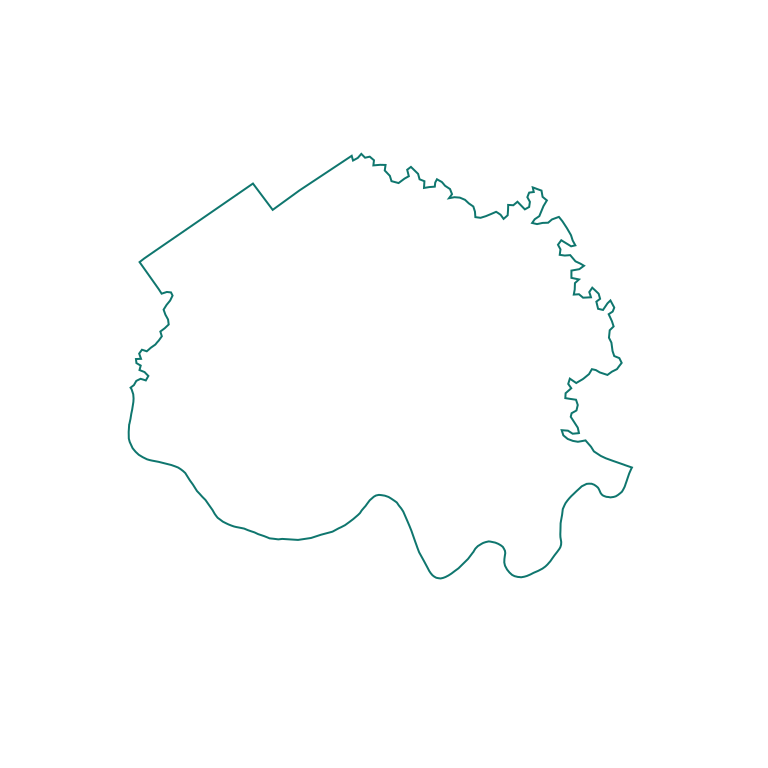 San Ignacio, Misiones, Argentina (orthographic projection), rotated 234°
{"feature_id": "61730980B35011682920753", "entity_name": "San Ignacio", "entity_type": "district", "adm_level": 2, "iso_a3": "ARG", "parent_name": "Argentina", "parent_adm1": "Misiones", "projection": "orthographic", "projection_center": [-55.4, -27.168], "detail": "fine", "context": "isolated", "style": "outline", "palette": "teal", "viewbox_px": 768, "rotation_deg": 234, "n_neighbors": 0, "source": "geoboundaries", "source_scale": "gbopen_adm2", "svg_char_len": 5782}
<svg xmlns="http://www.w3.org/2000/svg" viewBox="0 0 768 768"><g transform="rotate(234 384 384)"><path d="M447.9,625.1L451.7,622.5L454.2,620.9L455.6,619.9L451.3,618.0L453.5,614.0L453.2,613.4L450.9,609.8L445.6,609.1L441.9,605.5L442.5,600.6L453.0,599.1L452.9,597.9L452.6,593.7L455.9,589.7L454.9,589.0L451.7,586.5L447.8,583.2L447.3,577.8L452.4,577.8L455.8,576.6L457.4,575.9L458.6,570.5L459.9,565.1L461.7,559.8L465.3,556.0L470.0,558.9L475.1,560.6L480.2,558.8L485.4,557.8L490.2,554.9L493.7,550.8L496.1,545.8L497.6,550.6L502.9,552.0L508.5,549.9L511.7,549.7L513.5,549.5L517.1,547.8L518.5,547.2L518.1,546.4L516.9,543.9L515.6,542.7L513.8,541.1L516.7,536.4L519.1,531.6L524.3,535.9L528.7,533.1L534.0,535.1L534.5,535.0L543.8,533.4L543.7,528.7L537.5,526.2L537.8,523.9L538.1,521.4L538.0,513.9L543.7,509.3L549.0,511.1L556.3,510.1L560.3,514.0L563.6,509.7L567.1,503.9L570.9,507.4L576.3,506.1L578.2,501.7L583.5,500.9L582.3,495.7L583.0,490.3L587.6,492.0L590.3,429.3L590.3,427.5L590.3,396.3L623.2,395.8L624.7,334.7L624.7,334.4L626.2,277.0L626.5,263.8L626.3,257.9L625.9,257.9L593.1,257.5L587.8,257.2L586.1,262.4L583.3,265.5L579.8,264.9L577.2,260.0L575.8,254.6L573.7,249.4L568.6,247.9L563.1,247.2L558.7,244.8L558.0,239.4L557.9,233.9L553.2,232.3L551.5,227.2L551.3,226.2L551.0,224.8L550.3,222.2L550.4,216.9L550.3,215.5L550.1,213.8L550.1,213.7L549.9,211.3L552.0,209.8L554.0,208.3L552.5,203.8L547.2,202.2L550.0,198.0L546.4,196.0L541.9,198.0L539.0,194.4L534.4,197.3L532.1,197.6L529.0,198.1L526.9,193.4L529.1,191.8L531.3,190.1L531.8,187.3L532.1,185.4L532.0,185.2L530.1,181.0L530.1,180.1L530.0,176.8L528.1,176.7L523.1,175.1L519.5,172.9L516.8,170.7L511.9,165.8L511.3,165.2L508.5,162.1L504.8,158.4L501.4,154.6L500.9,153.9L500.5,153.6L495.2,149.2L489.9,145.5L486.8,144.3L486.5,144.2L482.4,143.4L479.9,142.9L477.9,143.0L475.1,143.2L470.9,144.0L466.6,145.8L462.4,148.0L460.2,149.7L458.5,151.2L453.4,156.0L447.9,160.6L443.5,164.3L440.0,166.7L437.5,168.3L434.7,169.4L431.7,170.3L428.8,170.9L426.0,170.7L420.1,170.3L415.0,170.3L410.5,170.0L407.3,169.8L403.5,170.3L399.6,170.7L395.1,171.4L389.7,171.3L382.9,171.2L378.4,170.7L375.5,170.7L373.5,170.8L370.4,171.8L367.4,172.7L364.1,174.4L361.9,175.6L359.2,177.3L356.9,178.9L354.9,180.6L354.4,181.1L351.5,183.8L349.2,185.9L345.9,187.9L343.0,189.9L340.1,192.0L336.6,193.9L331.4,197.6L328.1,199.7L326.4,200.7L323.7,203.7L320.4,207.2L318.5,210.6L308.4,222.8L302.3,234.5L299.1,244.4L295.7,253.2L294.8,255.6L293.9,262.5L293.4,264.9L292.7,269.5L292.7,274.1L292.7,274.9L292.8,279.8L293.3,286.0L293.7,288.7L294.5,290.8L294.8,291.5L295.8,295.7L296.1,297.2L296.2,297.5L296.9,299.6L298.3,304.1L298.8,309.5L298.5,312.0L297.3,314.7L295.5,316.7L293.2,319.0L292.2,319.7L289.9,321.3L288.9,321.7L287.0,322.5L283.4,323.8L280.7,324.7L279.7,324.7L277.0,324.6L273.2,324.8L269.5,324.6L265.4,323.7L259.1,322.3L254.3,321.2L249.1,319.9L242.8,318.0L237.8,316.5L235.0,315.7L232.0,314.8L227.2,313.5L217.5,312.3L209.5,311.2L206.2,310.7L203.4,310.6L200.8,310.8L198.7,311.4L196.5,312.4L194.8,314.0L193.4,315.5L192.4,317.8L191.7,320.3L191.2,323.6L191.0,327.2L191.1,331.6L191.1,331.8L191.1,335.9L193.1,349.2L195.5,357.1L195.5,357.4L196.1,358.7L197.1,361.1L197.7,364.6L197.4,368.4L197.4,368.8L197.1,370.9L196.5,372.8L196.3,373.4L195.1,376.2L193.9,377.5L193.0,378.3L190.6,380.5L190.1,380.9L187.5,382.5L184.8,383.7L182.4,384.4L180.2,384.2L177.9,383.8L175.9,382.7L173.7,380.5L171.6,378.5L168.9,376.4L165.9,375.1L161.6,374.5L157.8,374.7L154.3,375.4L151.8,376.7L149.2,378.9L148.4,379.9L147.7,380.6L147.0,381.4L145.6,384.3L144.7,386.8L144.0,389.8L143.8,390.8L143.3,394.1L142.2,398.9L141.5,403.7L141.5,407.3L141.9,410.3L142.3,411.9L142.8,414.3L144.0,417.7L145.2,421.3L146.4,425.5L147.5,428.9L148.3,430.7L149.9,432.8L152.0,434.5L154.2,435.6L156.4,436.7L158.8,438.3L161.6,440.5L167.5,445.0L168.8,446.3L169.3,446.8L173.6,451.3L177.7,455.1L179.8,458.7L180.9,460.8L181.9,463.9L182.6,466.6L183.2,469.6L183.6,472.7L184.0,475.5L184.2,477.0L184.5,479.8L185.0,483.8L184.1,489.2L182.9,491.2L181.3,493.3L179.0,494.8L176.5,495.7L174.3,496.2L172.3,496.0L171.4,495.8L170.4,495.6L168.7,495.2L166.6,495.2L165.1,495.6L163.7,496.4L162.0,497.6L160.6,499.2L159.2,500.5L157.7,503.3L156.9,505.5L156.7,508.1L156.8,510.9L157.0,513.2L158.0,515.5L159.3,518.1L160.3,519.6L160.9,520.4L162.9,523.3L164.7,525.8L167.5,529.8L170.0,534.1L170.7,535.5L176.7,531.3L177.5,530.8L185.0,525.6L186.7,524.4L193.5,519.8L198.4,517.1L206.1,514.2L211.6,514.6L219.4,513.9L219.9,513.9L221.9,509.7L223.3,506.9L226.9,503.4L231.6,500.3L237.0,498.9L242.2,500.6L238.1,505.4L237.1,505.8L232.9,507.4L229.9,512.4L229.7,512.9L234.8,515.1L247.7,515.8L250.1,518.6L249.5,523.6L249.5,524.2L250.2,525.0L253.1,528.4L258.4,530.1L262.2,526.2L266.0,522.4L269.8,525.5L270.5,533.0L275.8,533.1L279.1,537.5L271.8,540.1L271.8,540.3L271.1,547.5L271.1,549.0L271.5,555.7L273.8,560.9L271.3,563.1L270.7,563.6L266.5,565.4L260.0,570.1L260.0,575.7L259.9,576.3L259.8,576.9L259.1,581.2L260.1,584.3L261.4,588.7L266.6,589.6L271.3,586.7L276.4,588.3L283.8,592.3L289.2,593.2L294.8,598.2L295.6,603.6L300.8,605.3L308.4,606.8L308.2,611.6L310.4,615.1L310.5,615.2L318.5,616.3L317.9,612.2L316.7,608.9L315.2,604.7L319.0,601.4L325.8,604.2L325.9,608.9L330.8,610.7L331.0,610.7L335.9,609.8L339.5,609.1L337.7,604.1L335.4,603.4L332.5,602.4L336.8,595.8L342.0,594.5L344.8,590.1L348.3,593.8L353.4,597.8L354.0,603.2L359.7,598.0L365.6,602.3L363.6,606.4L362.1,609.5L362.1,613.6L362.1,615.3L366.0,613.6L370.7,611.0L378.8,610.4L381.7,605.7L385.2,602.1L389.2,605.9L394.4,606.6L396.1,611.9L390.3,614.3L387.9,615.3L385.4,616.3L383.7,620.3L389.2,621.0L394.3,622.7L394.9,622.8L402.6,623.6L410.8,624.0L415.0,623.8L416.4,623.7L416.7,622.7L418.4,616.6L418.0,611.6L421.1,607.0L423.4,601.8L427.2,598.5L428.7,602.8L428.5,608.3L434.2,617.6L436.8,623.7L442.2,622.3L447.9,625.1Z" fill="none" stroke="#0f766e" stroke-width="2"/></g></svg>